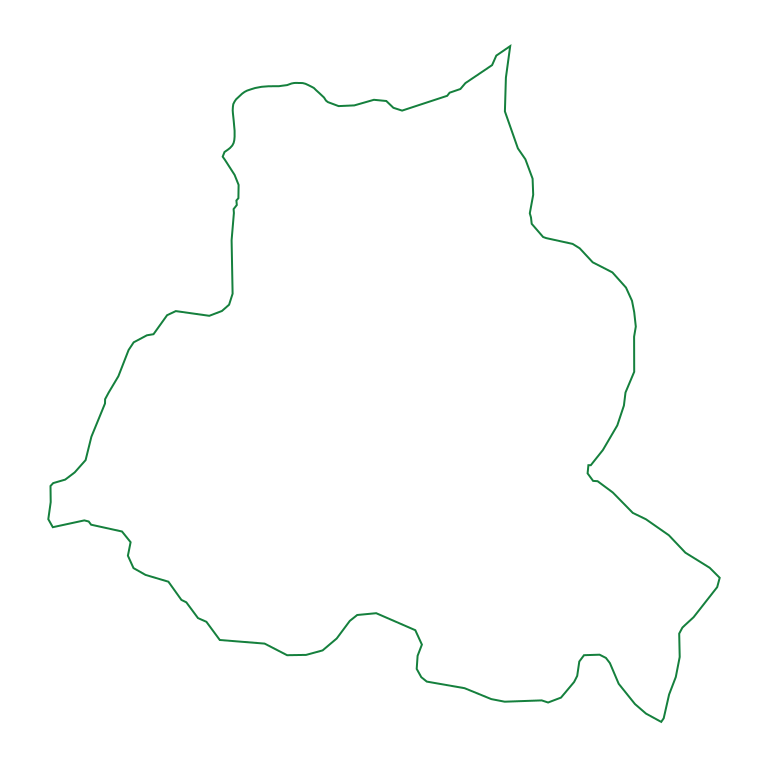 Cabañas, Zacapa, Guatemala
{"feature_id": "79465075B64001111402492", "entity_name": "Cabañas", "entity_type": "district", "adm_level": 2, "iso_a3": "GTM", "parent_name": "Guatemala", "parent_adm1": "Zacapa", "projection": "equal_earth", "projection_center": [-89.781, 14.891], "detail": "fine", "context": "isolated", "style": "outline", "palette": "green", "viewbox_px": 768, "rotation_deg": 0, "n_neighbors": 0, "source": "geoboundaries", "source_scale": "gbopen_adm2", "svg_char_len": 2240}
<svg xmlns="http://www.w3.org/2000/svg" viewBox="0 0 768 768"><path d="M719.7,577.8L709.7,567.8L685.4,552.7L668.8,535.2L646.0,519.3L632.8,512.9L612.8,492.5L597.6,481.2L593.1,480.9L587.6,473.4L588.4,465.2L590.8,465.2L602.9,450.0L617.3,425.4L623.9,405.6L625.5,392.5L634.2,371.8L634.1,336.7L635.8,326.6L634.2,312.1L632.0,300.8L626.0,287.6L612.4,272.4L592.7,262.3L579.7,248.3L572.6,243.9L546.2,238.1L543.1,237.0L531.7,223.8L531.0,217.5L529.8,213.3L533.2,194.8L532.6,178.7L525.4,159.3L517.9,148.4L504.9,111.4L505.9,77.7L510.2,46.1L496.3,55.6L492.1,65.1L465.4,83.1L460.4,89.0L449.6,92.7L447.2,95.8L402.1,110.6L393.4,107.8L386.3,101.0L373.9,99.8L354.3,105.4L338.6,106.1L327.9,102.1L326.0,100.6L324.0,97.5L319.1,92.9L316.1,90.2L313.9,88.0L312.1,87.0L308.3,85.1L305.5,83.8L302.8,83.1L300.7,83.0L298.7,83.0L296.5,82.9L294.1,83.0L291.5,83.5L287.1,85.1L282.4,85.7L278.9,86.2L274.1,86.2L268.0,86.3L261.6,86.8L255.2,88.0L251.6,89.1L249.5,89.8L247.1,90.6L244.6,91.9L242.1,93.7L236.1,99.3L234.6,101.5L233.3,104.1L232.9,106.8L232.7,110.3L232.9,113.1L233.7,120.7L234.6,130.8L234.6,136.7L234.3,140.1L233.6,143.0L232.3,145.5L230.0,148.0L227.7,149.8L224.5,152.0L222.7,156.7L224.9,159.8L234.6,174.9L238.6,184.9L238.4,198.2L236.4,200.5L236.8,205.0L233.6,209.1L233.9,213.0L231.6,240.2L232.6,293.7L229.1,304.7L221.9,311.0L209.3,315.8L175.8,311.1L167.1,315.2L153.5,334.2L146.9,335.3L133.7,342.3L128.6,350.0L118.4,376.2L108.7,392.5L105.1,399.2L105.0,403.5L91.4,436.7L85.6,460.1L74.7,472.4L65.2,479.6L53.2,483.1L50.5,486.0L50.7,502.1L48.3,519.2L52.8,527.2L84.3,520.4L88.7,521.5L91.1,524.7L122.0,531.5L130.6,542.2L127.9,555.7L133.5,568.1L145.5,574.9L168.4,581.7L181.4,599.9L186.3,602.3L198.0,618.1L206.4,621.8L219.8,640.0L264.6,643.6L287.1,655.2L306.1,654.9L322.6,650.4L336.7,638.5L349.8,620.9L357.2,615.0L376.2,613.2L415.3,630.2L421.9,644.6L417.6,655.8L416.7,668.9L421.3,677.2L426.8,681.6L464.6,688.2L491.3,699.1L504.7,701.7L541.7,700.4L548.1,702.5L561.0,697.6L574.1,682.0L577.2,675.9L579.3,661.5L584.0,655.2L599.6,654.7L605.9,657.9L609.9,663.1L618.7,683.8L635.0,704.1L646.0,713.6L661.2,721.9L663.7,718.3L669.1,694.5L675.8,677.0L679.7,657.0L679.2,633.6L682.4,627.6L684.9,625.2L693.6,617.2L717.2,587.1L719.7,577.8Z" fill="none" stroke="#15803d" stroke-width="2"/></svg>